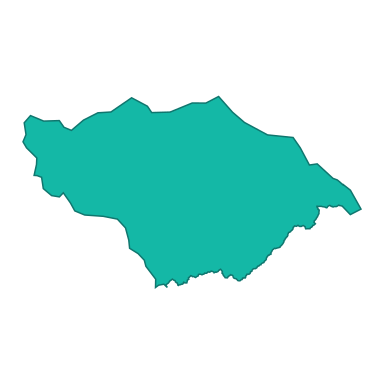 the district of Kara-Kulja, Osh, Kyrgyzstan
{"feature_id": "92254566B85310994889224", "entity_name": "Kara-Kulja", "entity_type": "district", "adm_level": 2, "iso_a3": "KGZ", "parent_name": "Kyrgyzstan", "parent_adm1": "Osh", "projection": "mercator", "projection_center": [74.361, 40.398], "detail": "fine", "context": "isolated", "style": "filled", "palette": "teal", "viewbox_px": 384, "rotation_deg": 0, "n_neighbors": 0, "source": "geoboundaries", "source_scale": "gbopen_adm2", "svg_char_len": 6047}
<svg xmlns="http://www.w3.org/2000/svg" viewBox="0 0 384 384"><path d="M167.2,287.4L167.0,286.8L166.8,286.5L166.5,286.3L166.4,286.0L165.9,285.4L165.8,284.9L166.7,284.3L167.2,283.8L168.2,283.2L168.9,282.4L169.3,281.6L169.8,281.2L169.9,280.9L170.0,280.9L170.3,280.5L171.1,280.2L171.8,279.5L172.2,279.3L172.4,279.1L172.5,279.1L172.9,279.5L173.8,280.2L175.0,280.5L175.2,280.8L175.4,281.8L175.5,282.0L175.8,282.1L176.6,282.7L176.6,282.8L177.0,282.8L177.4,283.2L177.5,283.4L177.6,284.2L177.8,284.6L177.9,285.2L178.2,285.4L178.4,285.5L178.6,285.4L178.7,285.0L179.0,284.8L180.1,284.8L180.8,284.6L181.1,284.3L181.4,284.3L181.7,284.1L182.3,284.2L182.6,284.1L183.1,283.7L183.3,283.2L183.3,282.9L183.6,282.2L184.1,282.3L184.7,282.9L186.8,282.9L186.9,282.4L187.1,282.0L187.2,281.2L187.3,280.4L187.5,279.9L187.8,279.9L188.2,279.7L188.9,279.1L188.5,278.6L188.4,277.8L188.7,277.5L189.4,277.2L189.6,276.8L190.3,276.3L190.5,276.0L190.6,275.7L191.2,275.9L191.6,275.8L192.2,276.5L192.5,276.7L193.0,276.6L194.1,276.6L194.5,277.0L194.8,277.1L195.1,277.3L195.6,277.5L197.0,276.4L198.1,276.0L198.3,275.5L198.4,274.8L198.5,274.4L199.0,274.4L200.0,274.1L201.3,274.5L201.9,274.8L202.5,274.6L202.7,274.4L204.1,274.0L204.2,273.9L204.2,273.7L204.5,273.3L204.7,273.1L205.2,273.3L206.8,273.2L207.2,272.6L207.4,272.5L207.7,272.1L208.5,271.9L209.1,272.2L209.4,272.2L209.6,272.0L210.0,272.0L210.6,271.7L210.9,271.2L211.2,271.1L211.6,271.3L212.8,271.5L213.1,271.7L213.9,272.3L214.1,272.8L215.1,272.2L215.5,272.0L216.0,272.3L217.9,271.6L218.2,271.3L218.6,270.6L219.2,270.2L219.3,269.9L219.7,269.8L220.4,269.2L220.8,269.4L221.3,270.2L221.8,270.6L221.9,270.8L222.0,271.2L222.3,271.6L222.4,271.9L222.2,272.1L222.1,272.4L222.1,273.4L222.6,273.6L222.7,273.9L222.9,274.0L223.3,275.1L223.3,275.3L223.6,275.8L224.3,276.3L224.5,276.8L224.9,277.1L225.1,277.7L225.8,277.8L226.2,277.8L227.3,277.9L227.5,277.8L227.8,277.4L227.9,276.9L228.1,276.5L228.7,276.3L229.0,276.0L229.4,275.5L229.9,275.5L230.4,275.1L230.5,274.9L230.7,274.7L230.9,274.9L231.2,274.9L231.4,275.1L232.2,275.2L232.7,275.5L232.9,275.8L233.1,276.7L233.4,277.6L234.2,278.3L234.6,278.4L235.1,278.6L236.2,278.8L237.2,279.8L237.6,280.3L237.7,280.5L238.9,280.8L239.8,280.8L239.8,280.7L240.3,280.5L240.6,280.2L240.8,279.9L241.0,279.8L241.7,279.7L242.0,279.6L242.3,279.2L242.4,278.3L242.7,278.1L243.0,278.3L243.4,277.9L244.0,278.0L244.4,277.8L244.8,277.9L245.2,278.0L245.3,277.9L245.4,277.6L245.7,277.1L245.6,276.6L245.7,276.1L245.9,275.8L246.0,275.6L246.3,275.6L246.6,275.3L246.7,274.7L246.8,274.3L247.8,274.2L248.4,274.1L248.8,274.3L249.6,273.8L249.9,273.4L250.1,273.4L250.4,272.4L250.6,272.0L250.6,271.6L251.3,271.6L251.8,271.3L252.0,271.1L252.0,270.2L252.8,269.5L253.3,268.7L254.1,268.6L254.6,268.7L255.3,268.7L255.5,268.5L256.0,268.4L256.3,268.0L256.8,267.8L256.9,267.4L257.4,266.9L257.5,266.4L257.7,266.2L258.5,266.1L258.8,265.8L259.0,265.9L259.3,265.6L259.5,265.3L259.7,265.2L260.0,264.9L260.6,264.7L261.0,264.7L261.1,264.2L261.4,263.7L262.1,263.2L263.0,262.8L263.2,262.7L263.7,262.7L264.0,262.4L264.1,261.8L264.3,261.4L264.8,261.0L265.0,260.6L265.3,260.5L265.6,260.2L265.9,260.0L266.2,259.6L266.3,259.1L266.2,258.8L266.5,258.1L266.5,257.8L266.8,257.1L267.3,256.9L267.5,256.6L267.5,256.2L267.7,255.9L268.2,255.6L268.4,255.1L269.0,255.2L269.3,255.0L269.6,254.9L270.1,254.2L270.7,254.2L270.9,254.3L271.0,254.2L271.0,253.2L270.9,252.6L271.7,251.7L272.4,250.0L272.7,249.7L273.4,249.3L274.0,248.6L274.6,248.3L274.9,248.5L275.6,248.6L276.1,248.3L276.7,248.2L277.3,248.0L277.4,247.9L278.1,247.8L280.0,247.3L280.2,246.4L281.5,245.5L281.6,245.2L282.4,244.3L282.5,244.0L283.0,243.6L283.2,243.0L283.7,242.3L284.0,241.6L284.0,241.4L283.8,241.0L283.9,240.8L284.4,240.1L284.9,239.8L285.0,239.5L285.4,238.3L286.1,237.9L286.2,237.6L286.5,237.1L287.3,236.6L287.3,236.3L287.8,235.6L287.8,235.0L287.8,234.3L288.3,233.6L288.4,232.9L288.6,232.5L288.9,232.4L289.5,232.3L290.1,231.8L290.5,231.8L291.1,230.9L291.6,230.3L291.9,230.3L292.4,229.8L292.9,229.1L293.0,228.6L293.0,228.2L293.2,227.8L293.2,227.3L293.5,227.0L294.0,226.8L294.5,225.9L294.8,225.9L296.1,226.3L296.3,226.2L296.6,226.2L297.0,226.0L297.6,225.5L298.0,225.3L298.3,225.5L298.6,225.9L299.0,226.0L299.9,226.5L300.3,226.5L300.9,226.2L301.5,226.4L302.0,226.0L302.4,225.9L303.0,225.5L303.3,225.5L303.9,225.9L304.1,226.1L305.2,226.8L305.1,227.1L305.5,228.4L305.8,228.9L307.0,228.7L310.0,228.7L310.2,228.2L310.5,227.7L310.9,227.4L311.2,227.4L311.5,227.3L311.8,226.7L312.3,226.6L312.6,225.8L312.7,225.4L313.5,225.3L313.9,225.1L315.4,223.8L314.5,222.8L314.0,222.5L314.2,221.4L314.3,221.3L314.3,220.8L314.8,220.4L315.5,219.8L316.2,218.8L316.4,218.1L316.6,218.0L316.9,217.3L317.1,217.2L317.4,216.7L317.5,216.7L317.7,216.2L317.8,215.9L317.9,215.5L318.1,215.3L318.2,214.8L318.4,214.6L318.9,213.8L319.0,213.4L318.9,212.4L319.0,211.9L319.0,211.5L319.1,211.1L319.2,210.0L318.0,209.4L318.1,208.9L317.9,208.1L317.4,207.8L317.2,207.4L316.9,206.5L317.0,206.2L318.2,206.4L319.8,206.3L320.6,206.3L320.8,206.4L321.4,206.3L321.5,206.4L322.6,206.7L324.9,207.0L325.6,207.5L326.7,207.8L327.1,207.6L327.4,206.9L327.8,206.4L329.2,205.5L329.5,205.4L329.8,205.6L330.5,205.6L330.9,206.2L331.4,206.5L332.2,206.4L332.5,206.8L333.1,207.0L333.9,206.7L334.9,206.5L335.3,206.6L336.3,206.6L337.7,205.9L338.4,205.3L338.8,205.1L340.0,205.7L340.3,205.6L340.9,205.7L341.6,206.0L342.1,206.0L350.3,214.6L361.0,209.1L350.4,190.2L342.5,184.0L343.8,185.6L339.6,181.8L337.2,179.9L333.0,178.4L317.2,163.9L309.4,165.0L300.3,147.9L293.1,137.5L267.5,134.9L244.5,122.5L232.5,112.2L218.6,96.5L205.8,103.1L192.2,103.0L170.0,112.1L151.7,112.6L147.4,106.2L131.6,97.8L110.9,112.0L97.9,112.8L83.5,120.1L71.4,130.4L64.0,127.3L59.3,120.6L43.7,121.1L30.5,115.6L24.2,122.8L26.0,134.6L23.0,141.8L26.5,147.8L36.8,158.0L36.5,164.5L34.1,175.4L37.1,175.6L41.6,177.3L43.3,188.6L51.6,195.6L59.4,196.9L63.3,192.8L70.4,202.9L74.8,210.9L84.7,215.0L103.2,216.3L117.4,219.1L125.5,227.9L128.8,240.2L129.6,248.3L138.1,253.6L144.3,260.2L145.9,266.3L155.7,279.2L155.5,287.5L158.6,285.2L163.9,284.2L167.2,287.4Z" fill="#14b8a6" stroke="#0f766e" stroke-width="1.5"/></svg>